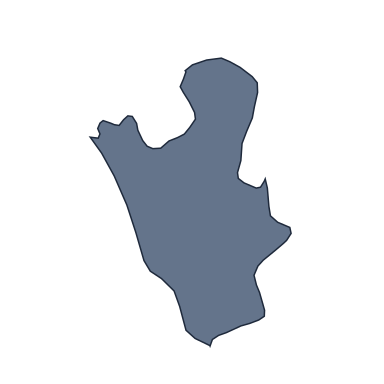 an SVG outline of Lozovo, rotated 203°
{"feature_id": "MKD-2931", "entity_name": "Lozovo", "entity_type": "Statistical Region", "adm_level": 1, "iso_a3": "MKD", "parent_name": "North Macedonia", "parent_adm1": "", "projection": "robinson", "projection_center": [21.908, 41.74], "detail": "fine", "context": "isolated", "style": "filled", "palette": "slate", "viewbox_px": 384, "rotation_deg": 203, "n_neighbors": 0, "source": "natural_earth", "source_scale": "10m", "svg_char_len": 1224}
<svg xmlns="http://www.w3.org/2000/svg" viewBox="0 0 384 384"><g transform="rotate(203 192 192)"><path d="M115.2,57.3L115.5,57.6L131.9,58.4L143.5,62.4L158.6,81.8L169.8,93.9L186.3,100.4L199.4,102.8L209.4,110.1L227.8,132.7L246.9,154.6L269.9,176.4L290.4,192.5L307.1,202.7L303.6,203.7L299.4,204.9L299.4,209.5L303.6,213.6L303.6,219.5L301.7,223.0L293.6,223.6L289.8,223.6L285.1,224.8L283.2,231.8L280.8,237.0L276.5,238.2L269.8,233.5L266.0,227.7L257.5,220.1L251.2,216.6L245.0,216.6L237.9,220.1L233.1,230.0L226.5,236.5L221.7,242.3L219.3,250.5L217.3,260.4L220.7,266.2L229.7,273.9L238.9,280.3L244.0,284.3L244.0,292.5L244.5,300.2L245.7,301.0L241.3,309.2L230.1,319.2L217.3,326.7L208.1,326.7L196.4,325.5L181.6,321.7L174.6,318.0L170.5,309.2L167.9,294.9L165.4,283.7L165.4,269.3L164.9,256.2L159.3,240.0L157.7,227.6L154.7,222.6L147.6,220.7L139.0,220.7L134.4,220.7L130.8,223.2L129.7,230.1L129.7,232.6L124.2,225.1L115.6,208.8L110.5,200.7L101.3,197.6L94.2,197.6L88.1,197.6L84.6,192.6L86.0,184.5L87.6,180.8L92.6,170.8L99.8,157.1L102.4,149.6L102.4,139.6L96.3,131.5L90.6,125.9L83.0,116.5L79.0,111.5L76.9,105.9L80.5,100.3L87.6,93.5L94.7,87.8L105.4,76.0L111.5,70.4L115.6,64.2L115.2,57.3Z" fill="#64748b" stroke="#1e293b" stroke-width="1.5"/></g></svg>